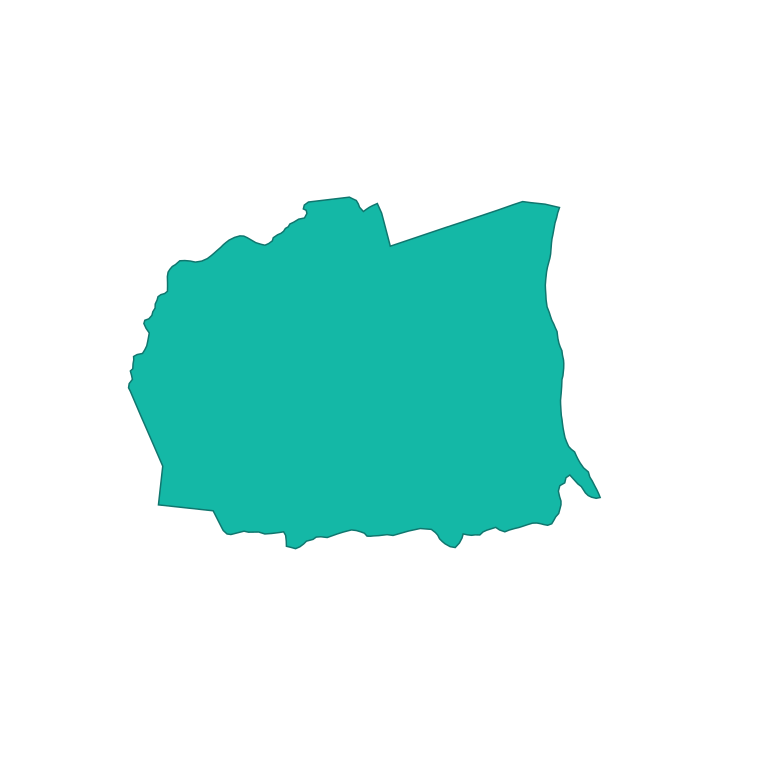 outline of Caucaia, Ceará, Brazil, rotated 48°
{"feature_id": "56859067B320436842071", "entity_name": "Caucaia", "entity_type": "district", "adm_level": 2, "iso_a3": "BRA", "parent_name": "Brazil", "parent_adm1": "Ceará", "projection": "albers", "projection_center": [-38.789, -3.772], "detail": "fine", "context": "isolated", "style": "filled", "palette": "teal", "viewbox_px": 768, "rotation_deg": 48, "n_neighbors": 0, "source": "geoboundaries", "source_scale": "gbopen_adm2", "svg_char_len": 3218}
<svg xmlns="http://www.w3.org/2000/svg" viewBox="0 0 768 768"><g transform="rotate(48 384 384)"><path d="M613.0,299.3L609.5,298.0L605.3,296.7L601.3,295.7L595.3,294.1L590.8,293.3L586.1,291.0L579.8,291.8L574.0,291.1L569.5,290.1L566.3,289.2L562.0,287.8L557.8,288.5L554.0,288.6L549.4,287.1L545.0,285.4L540.7,282.9L536.9,280.6L532.3,277.5L529.4,275.4L526.2,273.4L522.7,270.7L517.2,266.3L514.2,263.7L509.5,258.6L504.8,253.7L499.8,248.8L497.6,245.5L492.5,239.9L489.2,236.8L486.4,234.6L481.9,232.0L478.3,229.5L474.2,228.2L470.7,226.7L466.5,224.3L460.8,220.3L456.6,219.0L453.3,217.8L448.9,216.6L445.1,215.0L441.4,213.3L435.8,211.2L429.9,207.2L426.2,204.2L421.5,200.5L418.5,198.0L414.5,193.8L409.4,188.1L406.6,184.4L403.4,179.5L401.4,176.4L398.9,173.2L395.1,169.2L391.3,165.2L388.5,162.0L386.2,158.8L383.1,154.8L378.7,149.1L375.9,144.4L373.1,140.5L370.3,135.5L358.1,144.0L347.3,153.7L341.2,158.9L337.3,167.8L330.9,183.2L317.6,213.8L315.7,218.2L309.2,232.9L285.8,287.1L255.4,271.4L245.4,268.2L243.8,273.1L242.9,276.6L242.4,280.1L242.0,283.9L236.3,283.9L233.0,282.6L229.1,281.8L225.3,283.4L222.0,284.7L198.2,318.4L197.7,323.5L199.9,326.8L202.9,325.6L205.7,327.2L207.4,332.0L204.4,337.1L203.3,342.9L202.1,346.9L203.1,350.0L202.4,353.2L203.3,356.4L203.1,359.7L201.9,363.2L201.2,368.4L202.9,371.2L202.5,375.6L201.2,379.6L197.9,381.9L193.2,384.7L183.8,387.7L180.3,389.2L177.5,392.0L175.1,396.9L173.4,402.9L173.1,406.9L173.0,410.2L173.2,413.8L173.1,419.5L173.1,422.8L173.0,426.5L172.6,431.4L170.7,437.2L167.2,442.6L163.0,445.7L159.0,449.4L155.8,453.3L155.7,459.2L155.0,462.7L155.5,466.4L156.4,469.6L159.2,473.1L163.9,477.1L166.8,479.7L170.2,482.9L170.0,486.5L168.3,490.0L167.9,493.5L169.8,496.5L171.5,500.5L174.4,503.3L175.6,507.4L177.7,510.6L178.2,515.2L176.6,519.1L178.4,522.0L183.5,523.6L189.0,524.3L191.5,527.5L194.1,530.9L196.9,534.8L198.5,538.8L199.7,543.0L196.9,547.8L196.0,551.7L198.6,553.8L201.1,557.0L204.6,560.5L204.6,563.8L208.8,565.9L212.2,567.9L213.2,573.1L215.9,576.4L219.4,577.3L245.5,586.2L258.8,590.6L288.1,600.4L297.0,603.4L322.9,632.5L343.1,614.4L363.9,595.8L375.4,598.9L382.1,600.7L385.3,601.5L390.4,601.0L393.4,598.5L399.7,586.5L403.4,583.9L410.1,576.2L415.7,572.9L419.9,567.5L424.3,561.2L426.7,557.5L430.7,558.4L435.3,561.7L439.3,565.1L443.1,562.5L447.2,559.9L448.7,555.4L449.1,550.7L448.9,546.8L452.0,540.7L452.4,536.8L455.2,533.2L460.1,528.9L464.1,519.2L466.7,513.5L468.8,509.4L470.7,505.8L474.4,502.6L478.5,500.1L481.8,498.4L485.7,498.4L488.0,496.0L489.9,493.4L493.2,489.3L498.0,482.5L502.6,478.6L509.7,464.1L515.6,453.8L523.7,446.1L528.8,445.2L532.3,445.2L536.2,446.3L540.0,446.1L543.5,445.6L549.1,443.7L553.2,440.5L552.6,434.3L550.7,429.1L548.4,425.5L551.8,423.0L555.0,420.2L557.1,417.2L560.3,413.8L560.2,409.3L561.4,405.5L565.3,396.9L569.8,395.8L574.7,393.1L576.4,388.5L578.8,383.6L580.9,379.8L582.6,376.0L584.5,371.6L586.8,366.7L589.6,363.4L592.6,361.1L595.5,359.2L598.5,356.9L600.1,352.9L599.0,349.2L597.6,345.2L597.1,340.8L594.4,336.6L592.2,333.3L589.4,330.8L585.2,328.9L580.3,326.1L577.2,321.4L578.4,315.8L575.4,311.5L576.0,306.8L582.4,306.8L588.0,306.8L592.2,306.0L596.0,306.6L599.7,307.2L603.5,306.9L607.0,305.5L610.9,302.8L613.0,299.3Z" fill="#14b8a6" stroke="#0f766e" stroke-width="1.5"/></g></svg>